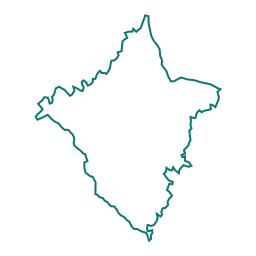 Imbaú, Paraná, Brazil
{"feature_id": "56859067B48998541842833", "entity_name": "Imbaú", "entity_type": "district", "adm_level": 2, "iso_a3": "BRA", "parent_name": "Brazil", "parent_adm1": "Paraná", "projection": "equal_earth", "projection_center": [-50.743, -24.439], "detail": "fine", "context": "isolated", "style": "outline", "palette": "teal", "viewbox_px": 256, "rotation_deg": 0, "n_neighbors": 0, "source": "geoboundaries", "source_scale": "gbopen_adm2", "svg_char_len": 2700}
<svg xmlns="http://www.w3.org/2000/svg" viewBox="0 0 256 256"><path d="M220.3,89.2L217.7,88.2L213.3,85.7L209.8,84.1L200.5,82.2L196.7,80.9L193.2,80.0L187.8,79.5L185.7,78.9L181.4,77.5L178.8,78.6L173.7,81.4L170.8,81.3L168.0,76.0L166.4,70.9L163.9,68.0L161.6,64.4L162.0,61.5L161.6,59.0L160.2,56.1L159.9,52.6L159.6,49.2L157.4,45.4L153.6,40.5L151.8,37.1L151.0,34.7L148.7,23.8L148.6,19.7L148.4,16.2L145.2,15.4L144.3,18.3L143.0,21.7L142.0,24.5L140.7,28.2L138.2,29.9L136.3,31.8L133.2,28.8L132.5,31.6L128.2,31.7L124.9,33.0L126.2,35.5L127.2,37.9L124.6,39.3L122.6,41.3L122.0,45.9L121.6,51.2L117.6,52.4L118.6,55.4L116.4,58.6L114.2,60.4L111.5,60.7L110.6,63.8L110.0,68.1L108.7,70.7L106.4,74.0L104.5,73.0L101.5,73.0L100.2,70.9L98.2,72.4L96.7,74.9L95.4,78.9L92.9,78.9L92.7,82.2L90.0,84.7L87.8,85.6L86.3,82.4L83.4,80.4L81.7,82.2L82.2,84.7L83.8,87.5L82.6,91.0L80.6,90.5L78.3,89.1L75.9,87.8L73.3,86.8L74.4,90.7L71.9,94.7L70.0,95.8L64.4,89.8L61.6,88.2L59.2,86.8L55.9,88.3L54.0,94.7L52.0,96.9L52.7,100.0L52.0,102.8L49.7,103.6L48.9,100.4L47.8,97.6L44.2,97.3L42.3,100.3L38.1,103.8L40.8,106.9L42.6,109.2L40.5,111.7L36.9,115.0L35.7,116.9L37.5,119.7L41.3,118.0L47.7,114.8L50.8,118.2L54.1,121.2L58.8,123.6L60.6,126.0L62.6,128.2L64.9,130.0L67.2,129.7L69.2,130.5L70.6,132.7L72.7,134.6L74.3,138.2L73.7,142.6L74.1,145.2L76.8,147.8L80.0,150.2L81.7,151.8L83.1,153.4L85.3,154.2L86.0,156.9L87.4,161.0L84.3,162.6L84.4,166.8L84.7,169.9L85.9,173.1L87.7,174.2L89.9,176.1L92.7,176.8L95.6,182.3L95.4,194.1L97.5,194.9L99.7,197.2L103.0,198.2L104.7,200.7L107.6,202.2L109.3,204.7L111.0,206.2L114.4,206.5L117.3,210.6L118.8,213.5L121.6,215.8L123.8,216.7L126.2,219.5L129.2,221.6L131.8,226.6L134.2,229.0L137.0,229.0L141.8,231.5L144.2,232.1L146.4,233.3L147.8,236.7L149.1,240.6L151.2,238.8L150.7,235.6L152.4,232.9L152.1,230.1L150.2,230.8L147.6,231.3L147.1,228.4L147.6,225.0L151.3,225.9L153.9,225.0L156.3,221.7L157.7,218.0L156.9,213.9L160.6,216.5L162.1,214.7L161.3,212.0L162.7,208.3L165.5,207.8L168.1,205.0L167.5,202.3L168.9,199.1L172.0,195.7L168.9,191.3L167.0,190.2L168.1,186.9L169.3,183.7L172.4,184.3L172.8,181.8L168.7,180.4L167.0,178.1L163.8,174.0L166.0,171.6L166.4,167.8L169.5,170.0L172.1,170.3L173.2,167.2L175.2,170.3L177.2,171.9L178.9,173.2L179.2,170.3L180.9,167.9L183.5,165.2L188.6,166.8L191.4,165.8L188.9,162.3L184.9,160.8L185.0,156.2L182.5,157.2L181.5,155.1L185.1,153.3L183.8,150.3L186.5,147.5L188.5,145.3L189.0,142.7L190.5,140.4L189.3,130.8L191.5,128.4L190.5,125.3L190.9,120.4L190.6,117.1L192.9,117.8L195.4,117.9L196.1,115.5L196.9,112.7L199.4,110.2L201.7,112.3L203.9,110.9L208.3,109.9L210.9,109.2L210.4,104.6L212.5,104.9L215.3,107.1L217.3,102.7L219.0,97.9L218.3,95.0L217.4,92.0L220.3,89.2Z" fill="none" stroke="#0f766e" stroke-width="2"/></svg>